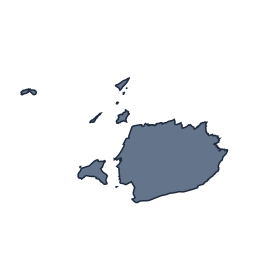 Kantang, Trang, Thailand (Equal Earth projection), rotated 58°
{"feature_id": "78962969B56840813019063", "entity_name": "Kantang", "entity_type": "district", "adm_level": 2, "iso_a3": "THA", "parent_name": "Thailand", "parent_adm1": "Trang", "projection": "equal_earth", "projection_center": [99.388, 7.37], "detail": "fine", "context": "isolated", "style": "filled", "palette": "slate", "viewbox_px": 256, "rotation_deg": 58, "n_neighbors": 0, "source": "geoboundaries", "source_scale": "gbopen_adm2", "svg_char_len": 5926}
<svg xmlns="http://www.w3.org/2000/svg" viewBox="0 0 256 256"><g transform="rotate(58 128 128)"><path d="M200.6,148.3L202.9,135.9L204.7,130.9L205.4,127.5L207.9,121.9L208.9,118.8L209.9,117.2L211.2,115.4L211.8,114.1L213.7,107.6L215.5,100.6L214.3,99.5L214.4,97.6L215.5,94.3L215.2,92.7L214.7,92.2L214.9,91.6L214.7,91.0L214.9,89.2L214.7,88.2L214.5,87.8L214.1,87.8L214.1,87.3L214.4,86.9L213.9,86.6L213.6,85.3L213.8,85.1L213.9,84.6L213.5,83.5L213.7,82.8L213.5,81.4L213.1,80.4L213.0,79.1L212.6,78.9L212.8,78.4L212.2,77.0L212.2,74.3L211.3,73.8L211.4,73.2L209.8,72.0L208.8,72.2L206.5,69.8L205.2,66.7L205.2,65.3L204.0,63.9L203.1,63.3L201.7,58.4L200.4,56.2L199.5,55.4L198.9,55.5L198.5,56.2L198.7,57.6L197.2,57.4L196.4,59.0L195.6,59.5L195.6,60.9L195.9,62.1L195.7,62.7L195.4,62.5L195.1,61.1L194.7,60.8L193.7,61.3L193.0,62.6L192.7,62.6L192.4,61.8L191.9,62.1L191.3,61.9L191.4,62.2L191.1,62.4L191.2,63.0L191.0,62.7L190.8,62.9L190.6,62.4L190.2,62.6L189.6,62.1L189.4,62.4L189.0,62.4L188.8,62.8L187.9,63.0L187.5,63.6L187.3,63.3L187.5,63.1L187.6,62.2L187.3,62.2L187.9,61.2L187.9,59.9L187.7,59.9L188.0,58.7L187.5,58.7L187.2,57.8L186.7,57.8L186.7,57.3L186.2,57.4L185.7,56.1L185.6,56.6L184.4,57.1L184.1,56.6L183.6,57.1L183.1,56.9L182.9,56.2L182.4,56.1L182.4,56.7L180.4,58.1L180.4,58.5L179.9,59.0L179.9,59.6L179.5,60.1L178.3,59.8L178.3,60.6L177.8,61.1L177.6,62.7L177.1,63.3L175.8,63.7L175.6,63.1L175.2,63.0L174.6,63.3L174.2,63.8L173.6,63.9L173.4,64.1L172.8,63.5L172.0,63.2L171.0,63.3L170.1,62.4L168.2,61.7L167.9,60.5L166.2,60.4L165.0,58.3L164.8,58.9L164.4,58.8L163.7,59.5L163.5,60.1L163.8,60.6L162.9,62.4L163.0,63.4L162.6,63.8L163.2,65.2L163.5,65.4L163.6,66.8L164.1,67.5L163.6,67.8L163.5,68.2L163.8,69.1L164.1,68.9L164.3,69.3L164.1,70.5L164.3,70.9L164.3,72.0L163.5,72.6L162.2,71.7L161.2,72.6L159.8,73.1L158.4,73.2L158.1,73.5L158.4,74.2L157.5,74.9L157.9,77.0L157.8,78.8L157.0,82.0L155.3,81.4L154.2,80.6L153.0,80.9L151.7,80.3L151.0,84.7L150.2,85.8L149.3,86.2L148.9,86.2L148.3,85.3L147.2,84.7L145.2,84.2L145.1,86.5L143.9,90.0L143.8,91.8L144.0,92.4L143.1,94.0L142.9,95.7L143.0,96.4L142.7,96.9L142.3,96.5L141.6,96.4L140.8,97.6L140.6,99.3L139.5,101.1L139.7,102.8L140.1,102.6L140.2,103.8L139.5,104.7L139.2,104.6L138.6,105.0L138.7,105.3L138.6,105.6L138.1,105.7L138.0,106.1L137.4,106.7L137.6,107.2L137.2,107.6L137.5,107.7L137.3,108.4L137.0,108.8L136.4,108.7L136.1,109.0L136.2,109.3L136.7,109.2L136.8,109.4L135.9,109.7L135.6,109.0L135.3,108.9L134.9,110.4L133.6,110.7L133.6,111.6L134.6,113.3L134.7,113.8L133.7,115.2L133.2,115.2L132.5,114.7L131.9,115.5L129.2,122.1L129.1,123.3L129.3,124.2L135.3,131.6L137.1,132.5L136.2,134.5L136.2,135.4L139.3,140.7L140.2,140.0L141.2,141.0L144.7,147.3L145.9,150.2L146.9,153.4L146.9,154.0L147.5,154.3L147.8,155.1L148.0,155.2L149.3,154.4L149.1,152.4L149.6,149.9L152.0,150.6L152.1,151.6L153.6,153.9L154.0,154.9L154.6,157.9L155.9,157.5L156.6,157.0L157.6,157.1L158.9,158.0L159.5,158.0L161.5,159.5L163.3,160.0L163.8,160.4L164.2,161.3L164.9,161.0L166.0,161.6L166.8,162.5L167.3,161.9L168.2,162.1L170.1,163.8L170.8,163.6L172.8,161.3L174.1,160.6L174.8,159.8L175.1,159.1L174.9,158.4L175.1,157.2L175.0,156.3L175.4,155.4L175.3,153.6L182.1,153.8L182.4,154.4L185.6,157.8L187.2,158.6L187.9,158.5L190.7,158.9L191.0,159.6L190.5,162.3L194.0,161.5L195.4,160.6L196.1,159.7L196.4,156.0L200.1,149.7L200.6,148.3ZM147.8,170.8L144.7,166.8L144.4,165.1L143.8,164.9L143.2,165.2L143.1,167.1L142.0,168.3L141.0,170.7L140.1,170.9L139.6,170.3L138.6,171.1L138.3,174.1L139.6,180.8L137.6,188.6L137.6,189.2L139.5,191.5L139.4,192.1L140.5,194.5L142.5,195.9L143.7,196.2L144.6,196.0L145.0,195.4L145.3,195.3L145.6,194.5L146.7,194.4L146.4,192.1L146.6,191.4L146.1,190.5L146.3,188.4L148.8,186.0L149.1,185.3L150.0,184.5L150.2,183.5L150.8,183.3L151.4,182.0L153.3,181.0L153.7,181.7L154.6,181.2L156.3,179.5L158.1,179.7L158.9,179.2L159.4,179.4L160.5,178.7L163.1,178.0L164.2,175.7L164.0,175.3L163.2,175.0L160.9,174.7L160.2,174.3L157.6,170.9L157.0,171.1L156.2,170.9L152.4,172.6L149.8,172.9L148.3,172.5L147.9,172.7L147.7,172.0L147.8,170.8ZM115.4,120.0L114.4,119.1L113.7,119.4L112.7,120.2L112.0,120.1L111.4,120.5L112.7,121.5L113.0,122.4L112.6,123.2L112.6,124.0L113.3,125.2L113.6,125.1L113.7,125.3L113.6,125.9L112.6,126.5L112.7,127.3L112.4,127.9L112.2,129.3L112.3,129.8L112.7,130.0L114.0,129.7L114.7,131.3L115.5,131.6L115.7,132.7L115.5,133.2L116.3,134.4L117.5,134.6L117.8,134.9L118.0,134.7L118.0,134.3L118.8,133.8L118.6,133.1L119.2,131.9L118.7,130.7L119.4,129.4L119.3,128.1L122.0,126.0L119.2,125.2L118.9,124.2L118.1,123.6L117.9,122.7L117.2,121.7L116.8,119.5L116.2,119.4L115.4,120.0ZM90.4,111.0L88.9,105.3L86.7,101.0L86.3,100.6L86.0,102.1L86.0,104.5L85.4,106.9L85.8,113.3L85.3,115.1L85.3,116.0L86.0,116.1L89.4,114.5L90.2,114.5L91.4,115.0L91.7,114.9L91.4,113.0L90.4,111.0ZM43.9,198.2L44.8,194.9L44.7,193.5L42.3,191.9L42.3,192.6L41.9,192.9L41.3,194.7L41.1,196.7L40.5,196.9L41.0,199.7L42.1,199.5L42.6,200.6L43.0,200.3L43.7,200.3L43.9,198.2ZM49.2,187.0L48.1,186.6L47.2,187.1L46.5,187.1L45.6,188.2L44.6,190.0L43.1,190.4L43.2,191.4L43.8,192.1L44.5,192.2L46.0,191.5L49.4,190.6L50.2,189.6L50.3,188.7L50.1,188.0L49.2,187.0ZM101.4,144.0L101.1,143.2L100.8,144.3L101.5,147.0L101.4,148.7L102.2,150.8L102.1,151.8L102.6,153.1L102.1,154.6L102.5,155.6L102.3,156.0L103.4,157.9L103.3,156.8L103.7,155.6L104.6,154.5L104.9,153.5L102.8,149.6L102.7,149.1L102.9,148.8L102.2,147.7L101.8,145.9L101.8,144.5L101.4,144.0ZM101.4,124.9L101.8,124.3L101.3,122.8L100.9,122.9L100.4,123.5L100.8,124.7L101.4,124.9ZM151.3,152.2L151.7,151.6L151.6,150.9L150.9,150.9L150.5,151.2L150.6,151.7L151.3,152.2ZM96.2,112.4L95.8,112.4L95.7,113.2L96.3,113.2L96.2,112.4ZM97.0,113.8L96.4,113.0L96.5,113.2L96.6,114.0L96.8,114.1L97.0,113.8ZM135.9,189.6L136.0,189.1L135.6,188.7L135.5,189.4L135.9,189.6ZM171.6,169.4L172.0,169.2L171.9,168.5L171.5,169.1L171.6,169.4ZM146.9,155.6L146.6,155.9L147.3,156.2L147.2,156.0L146.9,155.6ZM93.7,108.0L93.5,107.9L93.4,108.1L93.9,108.7L93.7,108.0Z" fill="#64748b" stroke="#1e293b" stroke-width="1.5"/></g></svg>